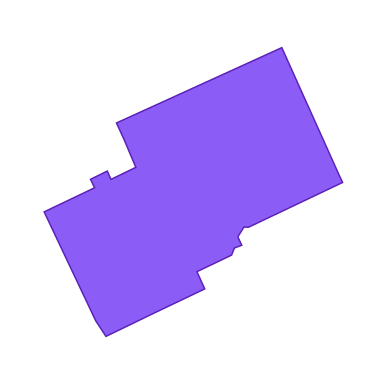 the district of Richland, Ohio, United States of America, rotated 65°
{"feature_id": "52423323B34604508478331", "entity_name": "Richland", "entity_type": "district", "adm_level": 2, "iso_a3": "USA", "parent_name": "United States of America", "parent_adm1": "Ohio", "projection": "albers", "projection_center": [-82.503, 40.773], "detail": "fine", "context": "isolated", "style": "filled", "palette": "violet", "viewbox_px": 384, "rotation_deg": 65, "n_neighbors": 0, "source": "geoboundaries", "source_scale": "gbopen_adm2", "svg_char_len": 441}
<svg xmlns="http://www.w3.org/2000/svg" viewBox="0 0 384 384"><g transform="rotate(65 192 192)"><path d="M147.5,334.4L268.1,333.7L286.5,331.0L285.7,277.7L285.2,221.4L266.3,221.2L265.9,182.8L260.7,177.2L261.3,169.4L252.0,169.4L245.7,159.7L247.8,155.8L247.0,51.5L239.8,51.5L99.1,49.6L97.5,231.3L115.9,231.4L145.9,232.5L146.3,260.1L137.2,259.9L137.6,278.6L147.0,278.5L147.5,334.4Z" fill="#8b5cf6" stroke="#5b21b6" stroke-width="1.5"/></g></svg>